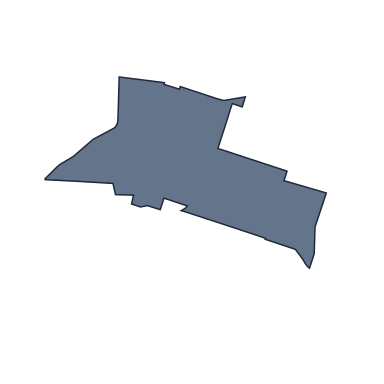 Presidente Perón, Buenos Aires, Argentina (Robinson projection), rotated 49°
{"feature_id": "61730980B23857431741611", "entity_name": "Presidente Perón", "entity_type": "district", "adm_level": 2, "iso_a3": "ARG", "parent_name": "Argentina", "parent_adm1": "Buenos Aires", "projection": "robinson", "projection_center": [-58.406, -34.942], "detail": "fine", "context": "isolated", "style": "filled", "palette": "slate", "viewbox_px": 384, "rotation_deg": 49, "n_neighbors": 0, "source": "geoboundaries", "source_scale": "gbopen_adm2", "svg_char_len": 843}
<svg xmlns="http://www.w3.org/2000/svg" viewBox="0 0 384 384"><g transform="rotate(49 192 192)"><path d="M57.4,171.5L78.3,190.7L89.9,201.5L91.0,203.0L91.8,204.6L92.4,206.1L92.7,207.6L92.5,209.6L87.5,231.5L87.4,233.0L87.3,258.3L87.0,260.0L84.9,271.7L84.6,274.0L84.5,276.9L85.6,294.3L86.4,294.7L110.4,269.8L133.7,246.0L143.8,251.5L156.0,238.2L161.4,245.5L169.5,240.7L173.0,234.6L184.5,227.6L178.3,217.2L199.4,204.7L199.9,207.6L199.0,212.4L200.9,211.1L251.7,180.7L275.2,166.9L275.7,167.8L303.1,151.6L315.3,152.5L320.4,153.5L325.1,153.6L326.6,153.3L318.8,140.3L299.1,122.1L280.9,91.3L243.8,115.1L238.6,106.6L215.5,120.4L176.1,143.9L164.9,125.3L158.6,115.0L155.6,110.2L151.7,103.6L160.7,98.3L155.2,89.3L143.8,108.0L138.2,111.8L104.7,131.7L106.2,134.0L92.5,142.5L91.4,141.1L57.4,171.5Z" fill="#64748b" stroke="#1e293b" stroke-width="1.5"/></g></svg>